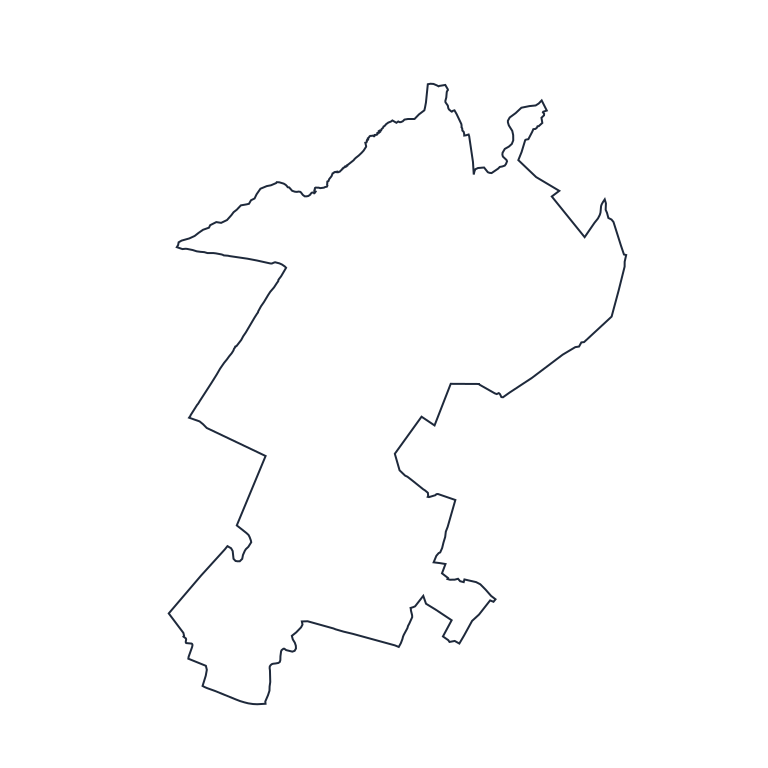 outline of Dragomiresti, Dâmbovita, Romania, rotated 75°
{"feature_id": "2599482B73511430354191", "entity_name": "Dragomiresti", "entity_type": "district", "adm_level": 2, "iso_a3": "ROU", "parent_name": "Romania", "parent_adm1": "Dâmbovita", "projection": "equal_earth", "projection_center": [25.352, 44.9], "detail": "fine", "context": "isolated", "style": "outline", "palette": "slate", "viewbox_px": 768, "rotation_deg": 75, "n_neighbors": 0, "source": "geoboundaries", "source_scale": "gbopen_adm2", "svg_char_len": 6165}
<svg xmlns="http://www.w3.org/2000/svg" viewBox="0 0 768 768"><g transform="rotate(75 384 384)"><path d="M366.1,581.0L372.4,571.8L376.0,569.2L380.6,566.6L422.9,517.0L482.5,562.8L492.4,555.4L494.8,553.9L497.2,553.4L500.6,553.1L502.5,553.2L506.2,557.2L507.8,560.2L509.2,561.7L512.7,564.5L516.2,566.2L517.9,569.2L517.4,571.2L516.5,573.2L513.9,574.6L506.2,573.4L503.1,574.2L500.1,577.2L502.6,580.6L521.7,610.3L549.9,651.3L572.5,642.2L575.5,642.3L576.1,643.1L578.5,641.2L579.4,641.2L581.9,642.3L582.7,642.3L583.1,642.0L584.9,637.1L585.3,636.7L586.0,636.5L587.0,636.7L588.5,637.5L596.9,643.3L598.7,644.1L610.1,629.0L614.2,629.1L619.7,631.7L628.7,637.4L630.4,635.6L632.1,633.4L636.6,626.9L650.3,608.8L653.0,605.1L655.4,601.2L657.3,597.8L659.2,593.4L660.5,589.4L662.2,581.2L659.9,580.8L654.6,576.6L650.6,574.0L646.6,572.8L642.4,571.0L631.2,568.3L628.8,568.0L627.2,567.4L626.2,566.2L625.6,565.0L625.5,563.6L625.9,560.9L626.1,558.2L625.5,556.6L623.9,555.6L620.2,554.5L615.6,552.6L614.6,551.8L613.7,549.7L613.9,548.8L615.7,547.4L618.8,541.8L618.6,539.4L616.7,537.5L614.0,536.9L610.8,537.1L607.1,538.2L603.4,538.2L601.2,533.1L597.6,527.1L595.3,525.0L592.1,524.8L593.4,519.2L607.1,496.0L608.4,494.3L612.7,487.2L617.2,478.9L639.3,441.1L641.8,437.8L638.7,434.8L635.1,432.2L633.1,431.1L631.4,429.8L625.9,424.6L623.9,423.4L622.0,421.6L616.5,417.1L614.6,416.7L609.7,416.6L608.2,416.3L607.2,416.3L607.1,413.6L606.8,411.5L598.8,400.9L607.1,400.3L615.2,392.6L629.7,379.8L643.1,392.4L648.1,388.2L650.1,387.5L650.5,382.2L654.2,378.4L647.7,371.8L635.6,360.2L631.3,351.9L620.5,337.5L622.7,334.6L620.8,332.0L616.4,335.4L608.9,339.1L602.4,342.8L599.2,346.3L593.6,356.9L596.0,358.3L594.2,361.5L591.3,362.9L591.3,366.4L590.1,371.0L588.8,373.2L587.9,372.4L581.9,377.0L573.8,371.2L571.5,376.3L569.1,382.2L563.5,377.9L561.5,375.0L561.2,373.3L557.5,370.3L552.4,367.5L547.6,364.5L542.6,362.5L538.5,359.5L514.5,345.1L504.2,360.4L504.0,361.9L504.7,363.2L504.9,369.8L504.3,371.0L503.2,370.2L500.4,369.8L497.3,372.0L495.8,373.4L484.2,381.9L479.6,385.4L478.0,387.3L471.4,391.3L454.2,391.6L425.3,356.2L437.1,345.9L401.1,319.5L408.6,292.1L409.3,292.0L421.8,279.3L422.9,277.7L422.5,275.5L423.8,274.6L427.0,274.0L427.6,272.5L424.7,264.7L416.4,239.6L401.9,203.8L397.9,189.7L398.3,185.9L394.9,182.6L395.3,179.9L377.8,146.7L354.5,133.2L332.9,121.2L328.2,119.9L322.1,116.7L321.0,118.7L311.6,119.3L286.9,120.4L284.0,121.7L281.7,124.3L276.3,124.3L273.1,124.8L267.0,122.9L262.8,123.0L265.0,125.5L266.9,127.3L268.4,128.3L274.4,130.5L276.5,131.8L279.5,134.5L282.8,139.0L294.1,152.2L246.3,173.4L242.8,164.7L223.5,183.5L202.5,196.3L195.6,191.1L185.0,184.5L184.7,183.6L184.9,181.2L178.8,175.6L176.5,173.8L176.8,171.7L176.0,170.0L174.8,169.0L175.0,167.8L172.8,163.5L167.6,163.0L165.9,159.9L164.4,159.4L162.7,160.2L162.2,159.7L162.0,156.0L150.9,158.3L153.1,161.9L154.2,165.4L153.2,171.6L152.7,179.8L156.4,186.7L159.1,193.6L161.8,196.2L163.4,196.6L166.5,196.5L172.7,194.6L177.0,194.8L182.1,196.1L185.2,198.4L187.0,201.9L188.2,206.5L191.3,209.6L193.1,210.3L195.1,210.3L199.3,207.7L200.7,207.5L203.0,209.2L204.3,210.8L204.5,213.4L204.3,216.0L205.5,218.0L208.1,225.5L207.3,227.5L206.3,228.9L200.8,231.3L199.7,237.3L200.2,240.2L202.0,241.6L204.9,243.1L192.6,240.6L166.7,237.6L164.9,237.7L165.0,240.3L164.8,242.2L163.0,241.8L160.9,241.8L159.5,242.7L157.3,242.3L156.0,242.7L155.1,242.3L153.0,242.0L142.1,244.0L137.9,245.1L137.9,245.9L138.0,246.9L138.5,248.0L137.9,248.6L135.6,250.2L134.2,250.5L131.6,250.3L127.8,251.7L126.5,251.5L123.4,249.7L118.2,247.8L117.3,247.1L116.6,246.2L115.9,246.1L111.0,247.4L110.4,253.5L110.6,254.2L109.2,255.7L107.0,258.5L106.0,261.4L105.8,264.1L122.9,270.6L127.5,272.8L130.1,274.2L132.6,280.4L135.9,285.9L134.2,292.5L133.9,295.8L135.1,297.9L135.4,300.0L135.1,301.2L134.1,302.3L134.9,304.4L131.6,307.7L132.3,309.4L132.6,312.3L133.0,313.1L133.4,314.4L135.0,316.8L135.1,317.7L136.4,318.8L137.1,320.3L138.3,321.1L138.0,322.4L138.3,323.3L139.5,322.7L140.1,324.0L139.5,324.5L139.9,325.6L141.1,325.8L141.4,326.6L141.0,328.6L142.1,329.1L142.2,329.5L141.2,330.5L141.1,331.7L140.8,333.1L141.1,333.9L141.9,334.7L142.5,336.0L143.3,335.8L143.9,336.2L143.8,337.1L144.4,337.6L145.2,337.7L146.1,338.4L146.1,339.6L149.7,339.7L150.2,339.9L153.3,343.3L154.9,345.8L156.8,349.3L158.3,352.8L159.2,354.4L160.0,355.4L162.9,362.1L162.9,362.7L163.6,362.9L163.8,363.8L164.1,364.0L164.2,364.4L163.7,364.8L163.8,365.4L164.4,365.6L164.6,366.3L164.5,366.7L164.6,367.3L165.2,367.7L165.2,368.3L166.2,369.5L166.6,370.4L167.4,371.7L167.6,373.6L167.0,375.3L166.7,375.0L166.5,377.1L167.2,378.2L167.2,379.1L169.7,380.9L171.9,383.9L173.7,385.2L173.7,386.2L174.3,386.6L175.2,386.7L176.4,387.3L177.7,387.3L178.6,388.1L178.5,389.9L178.8,391.2L178.3,394.9L177.5,396.2L176.6,399.2L176.8,399.9L177.5,400.3L177.9,400.3L178.9,401.2L179.7,401.1L180.4,400.2L181.3,401.1L181.7,402.1L180.7,402.6L180.5,404.1L181.2,405.5L182.0,406.2L182.8,408.4L182.7,410.1L182.2,412.0L180.3,413.5L177.5,414.6L176.7,415.2L176.0,416.8L175.9,418.4L175.2,420.3L173.6,422.7L169.6,424.7L169.0,426.1L167.8,426.5L166.2,427.4L164.5,429.0L162.1,432.9L161.3,435.4L162.0,436.2L162.8,441.8L162.5,446.0L163.4,452.8L167.8,458.0L171.3,461.0L172.1,464.9L175.0,467.8L174.9,470.5L174.4,476.0L177.6,481.2L179.1,484.8L181.4,487.7L185.0,493.2L186.2,499.6L184.2,504.1L185.6,510.8L187.7,512.6L188.2,518.9L190.0,523.9L192.0,528.6L193.0,534.4L193.1,542.4L194.0,545.7L196.5,546.9L198.2,548.7L201.5,543.8L202.0,540.7L202.5,539.3L205.1,534.1L207.4,530.5L208.9,526.9L210.1,523.5L211.8,520.7L213.3,515.1L214.3,512.6L216.8,507.4L217.5,506.3L218.3,505.5L219.7,501.5L220.5,500.0L227.6,483.5L231.8,474.8L238.2,462.5L238.6,461.1L238.3,459.3L238.2,457.7L240.4,453.8L242.2,451.6L244.9,449.3L246.4,448.5L253.4,455.6L255.3,458.1L256.3,459.2L257.2,459.5L258.0,460.4L258.7,461.3L262.2,465.2L265.5,470.0L268.0,472.8L273.8,478.8L277.1,482.7L281.4,486.8L282.3,487.2L283.0,488.2L286.3,491.8L298.5,504.2L301.4,507.6L304.5,510.5L309.3,516.8L309.2,517.7L309.4,518.1L310.1,518.4L311.1,519.7L312.7,520.8L314.9,523.2L317.1,526.3L319.7,529.5L322.2,533.0L326.8,538.4L331.5,543.1L338.5,550.6L352.8,566.4L355.0,568.7L355.8,569.9L364.0,578.8L364.7,579.3L366.1,581.0Z" fill="none" stroke="#1e293b" stroke-width="2"/></g></svg>